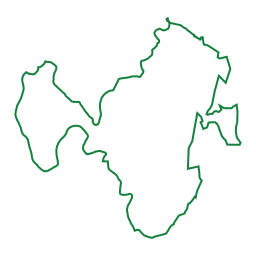 Pungarabato, Guerrero, Mexico (Natural Earth projection)
{"feature_id": "50627088B37947281282101", "entity_name": "Pungarabato", "entity_type": "district", "adm_level": 2, "iso_a3": "MEX", "parent_name": "Mexico", "parent_adm1": "Guerrero", "projection": "natural_earth1", "projection_center": [-100.628, 18.344], "detail": "fine", "context": "isolated", "style": "outline", "palette": "green", "viewbox_px": 256, "rotation_deg": 0, "n_neighbors": 0, "source": "geoboundaries", "source_scale": "gbopen_adm2", "svg_char_len": 5712}
<svg xmlns="http://www.w3.org/2000/svg" viewBox="0 0 256 256"><path d="M173.8,224.2L173.8,223.2L178.7,215.7L184.8,213.3L185.1,211.8L187.2,208.8L187.8,205.0L188.1,204.8L188.3,203.9L189.8,203.1L191.7,201.2L194.9,196.6L195.7,197.5L196.6,193.1L197.0,191.2L201.7,180.6L199.6,177.9L199.3,172.8L198.5,166.4L187.9,168.8L188.7,148.2L192.2,141.3L197.3,113.1L201.2,117.0L202.5,121.3L200.6,122.2L203.3,128.9L207.1,127.4L208.6,122.5L215.0,122.2L217.1,123.9L218.7,127.0L219.3,129.1L221.9,136.2L223.6,138.2L225.8,140.7L227.2,144.6L239.6,144.8L240.6,142.7L237.8,139.0L237.5,138.5L236.9,137.3L236.6,136.3L235.8,131.2L236.1,126.9L237.2,122.0L237.5,112.0L236.7,104.7L233.0,106.7L231.8,108.0L230.8,108.3L224.1,108.1L219.7,105.6L221.4,109.6L218.7,112.0L216.0,111.1L214.0,111.7L212.4,113.9L210.1,113.8L208.0,114.8L206.5,114.3L207.9,110.8L209.7,108.9L211.9,105.1L214.8,90.8L218.9,75.8L225.7,82.8L230.3,69.0L226.7,56.8L219.7,58.5L217.7,57.3L218.5,52.4L209.2,46.3L208.1,45.7L206.8,45.0L206.0,44.9L203.9,44.5L202.8,39.6L202.8,38.8L202.9,37.7L202.4,37.1L201.9,37.1L201.2,37.4L200.7,38.6L200.6,39.2L200.4,39.6L200.1,39.7L199.2,39.1L198.7,38.3L197.5,38.2L197.2,38.0L197.0,37.6L195.6,36.5L195.2,36.3L195.1,36.2L194.7,35.7L194.6,36.0L194.3,36.3L193.9,35.1L192.4,34.0L189.7,31.7L187.9,30.6L185.9,28.5L185.3,28.4L183.5,27.4L180.7,25.2L169.9,22.9L167.9,19.9L167.7,18.3L166.6,18.9L166.8,20.1L167.1,20.6L167.7,21.1L168.8,22.1L169.3,22.8L169.4,23.8L169.3,26.0L168.5,27.9L168.1,28.7L167.6,29.0L167.0,29.3L165.2,30.1L164.1,30.4L163.1,30.3L161.6,29.7L160.7,29.1L159.7,28.8L159.2,28.7L158.8,28.9L158.1,29.4L156.4,30.1L155.5,30.8L155.0,31.6L154.5,32.6L154.5,33.7L154.9,34.6L155.6,36.0L156.6,37.3L157.5,38.6L158.6,39.7L159.0,40.4L159.1,41.3L159.0,42.3L158.6,42.7L157.9,42.9L157.4,43.4L157.2,44.0L157.0,45.2L156.6,45.8L155.8,46.8L154.7,47.9L152.8,49.4L152.1,50.2L152.1,50.8L152.4,51.4L152.3,53.0L152.3,53.6L152.2,54.2L151.6,55.3L148.5,58.0L147.3,58.8L144.6,60.2L141.7,60.8L141.4,61.1L140.9,62.1L141.0,64.8L141.3,66.5L142.2,69.4L143.4,70.4L143.3,72.0L142.6,73.5L142.2,74.1L141.7,74.7L140.1,76.8L139.2,76.9L137.2,76.3L135.5,76.3L132.9,76.4L131.6,76.5L129.6,77.1L128.4,77.4L127.1,77.6L123.8,78.1L122.4,78.1L121.4,78.4L118.8,79.0L118.5,79.7L118.0,81.1L117.3,82.2L116.4,83.8L115.1,86.6L114.2,88.2L113.9,89.2L113.4,90.0L112.9,90.4L111.9,90.5L110.6,90.6L108.9,91.1L105.3,93.4L104.1,94.5L102.2,97.0L101.4,98.7L100.9,100.2L100.3,102.3L99.8,105.4L99.9,107.1L100.2,108.8L100.3,110.5L100.7,112.1L100.9,114.6L100.7,116.1L100.4,117.1L99.8,118.6L99.3,120.5L99.2,121.9L98.8,122.7L97.9,124.4L97.6,124.4L97.3,124.3L96.6,124.7L96.1,124.9L95.4,124.9L94.8,124.7L94.2,124.4L93.8,123.8L93.3,122.9L92.6,121.3L92.9,120.9L92.9,120.3L92.8,119.9L92.7,119.4L92.3,118.9L92.0,118.3L91.8,117.9L91.5,117.9L90.9,117.6L90.0,117.1L89.2,116.2L88.3,115.1L87.2,113.5L85.4,111.5L84.8,110.6L83.9,109.1L80.5,104.3L80.0,103.1L79.6,102.3L79.0,101.9L78.3,101.9L77.3,102.0L76.0,101.8L74.3,101.9L72.9,101.8L72.2,101.6L71.1,100.9L69.2,98.9L66.5,96.6L65.7,95.8L65.3,94.8L64.7,93.8L64.1,93.3L62.4,92.1L61.6,91.0L60.0,89.6L58.8,88.6L56.9,86.7L55.5,85.4L54.7,84.8L54.0,83.7L53.6,82.8L53.3,81.3L53.4,80.5L53.6,79.6L53.5,77.0L53.7,75.6L54.1,74.3L54.5,72.8L55.5,71.0L56.1,69.3L56.4,67.7L56.3,66.7L55.3,65.5L53.8,64.3L52.6,63.4L51.4,62.5L49.7,62.0L46.9,61.9L45.8,61.3L44.9,61.7L44.9,62.2L44.6,63.1L44.1,63.9L43.0,65.0L40.9,66.7L39.3,67.2L38.3,67.2L38.1,70.1L37.5,71.0L34.3,74.3L29.4,74.0L29.1,73.6L28.5,73.6L26.3,72.2L24.1,74.3L23.0,75.9L22.2,78.8L22.3,81.2L23.5,86.4L23.7,88.8L23.1,91.6L21.7,96.2L20.8,98.8L19.9,100.6L17.2,105.5L16.0,110.4L15.7,112.1L15.4,114.5L15.7,116.2L16.3,117.9L17.4,120.7L18.2,122.0L19.2,124.2L20.6,127.3L21.2,129.7L22.1,132.9L23.7,135.1L25.8,136.7L27.9,139.5L29.1,145.6L30.7,150.9L31.1,151.8L31.4,153.2L31.6,154.8L31.9,156.0L32.0,157.2L32.4,159.0L33.1,160.7L34.1,162.0L35.2,163.0L37.2,165.1L38.3,166.7L40.0,168.2L41.6,169.6L42.9,170.5L44.2,171.1L45.4,171.3L46.8,171.1L47.7,170.8L50.7,169.3L52.3,168.3L54.0,167.2L56.3,166.0L56.9,165.5L57.5,165.1L57.8,164.6L57.9,163.9L58.0,163.6L57.7,160.6L57.3,158.8L56.6,155.3L56.4,152.3L56.4,149.9L56.6,148.1L57.0,146.5L58.6,142.7L59.7,141.0L60.9,139.5L63.4,137.1L64.3,136.2L65.0,135.3L65.9,133.9L67.3,130.3L68.2,128.9L69.2,128.0L70.6,127.0L72.3,126.3L74.1,125.9L75.6,125.8L77.4,125.8L78.7,126.1L80.0,126.4L81.0,127.2L82.1,128.2L83.9,130.1L85.9,132.4L87.5,134.7L87.9,135.5L88.0,136.4L87.1,138.7L85.9,140.3L85.1,142.1L84.3,144.3L83.7,144.6L83.0,147.2L83.1,148.8L83.7,150.5L86.2,153.9L86.6,153.7L87.9,154.2L88.9,153.9L91.1,153.3L93.7,152.4L95.1,151.7L95.9,151.5L97.1,151.4L98.4,151.0L99.6,151.0L100.7,151.2L101.6,151.5L102.5,151.8L104.9,152.5L105.4,152.8L106.0,153.6L106.1,154.3L104.1,157.0L103.5,158.1L102.9,161.3L107.8,161.4L108.4,167.7L108.6,168.4L109.0,169.0L109.5,169.6L110.0,170.1L111.4,171.3L112.2,171.8L113.7,172.9L114.9,173.9L115.8,174.6L116.4,175.1L116.8,175.6L117.5,176.9L118.6,179.1L119.3,180.0L120.4,181.0L120.6,181.5L120.8,182.1L120.9,183.5L120.7,184.8L120.2,188.0L120.1,190.3L119.9,192.0L119.9,193.0L120.1,193.6L120.3,193.9L120.6,194.1L122.0,194.7L123.3,194.9L124.5,194.9L125.6,194.8L128.1,194.3L129.5,193.9L130.9,194.2L131.7,194.9L132.1,195.8L132.1,197.5L131.4,198.9L130.7,200.6L129.7,202.5L128.4,204.6L127.9,205.6L127.5,207.2L127.2,208.7L127.0,209.6L127.0,210.9L127.4,212.2L127.8,215.3L128.2,217.1L128.6,218.2L129.0,218.9L129.1,219.3L130.2,221.3L130.7,222.8L131.5,224.2L132.7,226.0L134.8,230.7L136.9,229.8L139.1,230.0L141.1,232.4L144.5,235.6L147.5,236.7L148.7,236.9L149.6,237.2L150.4,237.7L153.1,237.6L154.1,236.9L155.3,236.5L157.3,236.0L158.0,235.7L160.5,235.2L163.5,234.3L165.8,233.8L166.4,233.1L167.0,232.2L167.9,230.9L168.8,229.3L169.9,227.5L171.0,226.0L172.6,224.8L173.8,224.2Z" fill="none" stroke="#15803d" stroke-width="2"/></svg>